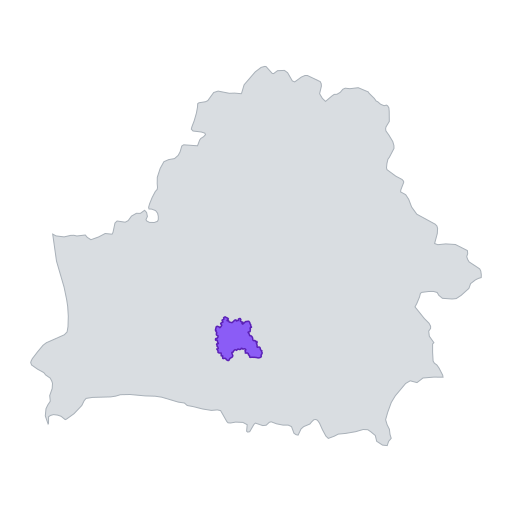 Salihorsk, Minsk, Belarus shown in context
{"feature_id": "67162791B12460087089540", "entity_name": "Salihorsk", "entity_type": "district", "adm_level": 2, "iso_a3": "BLR", "parent_name": "Belarus", "parent_adm1": "Minsk", "projection": "albers", "projection_center": [27.47, 52.67], "detail": "fine", "context": "in_parent", "style": "filled", "palette": "violet", "viewbox_px": 512, "rotation_deg": 0, "n_neighbors": 0, "source": "geoboundaries", "source_scale": "gbopen_adm2", "svg_char_len": 8950}
<svg xmlns="http://www.w3.org/2000/svg" viewBox="0 0 512 512"><path d="M443.0,377.2L433.9,377.1L423.0,378.0L417.0,382.6L410.2,380.8L405.6,383.5L395.3,395.8L391.3,402.4L387.7,412.3L385.6,419.7L387.1,424.7L389.4,429.3L390.0,434.4L391.2,438.3L388.6,441.4L387.2,445.6L382.5,445.1L376.7,441.3L375.3,435.5L370.7,431.7L367.8,429.7L363.1,429.5L355.6,431.7L345.7,433.4L338.3,434.1L334.2,436.2L328.3,438.4L325.9,436.1L322.4,429.6L319.5,423.1L317.5,420.3L315.9,419.5L313.9,419.7L311.6,421.9L309.9,424.0L303.7,426.6L301.0,429.0L298.1,435.1L296.1,434.7L294.0,433.3L291.5,426.6L288.2,425.1L283.0,425.1L276.5,423.8L271.2,421.8L269.3,422.3L266.2,425.2L262.8,425.6L255.4,423.1L254.0,424.3L249.7,431.7L247.7,432.1L246.6,431.2L247.2,424.7L242.9,422.4L235.6,422.1L230.5,423.0L228.0,422.8L226.8,421.5L220.6,410.6L217.3,409.9L211.4,410.4L202.7,409.0L192.7,406.5L187.2,405.5L184.4,403.0L178.3,402.1L161.8,397.2L155.1,396.2L145.2,395.9L130.1,394.5L120.4,394.7L115.8,396.1L110.6,396.9L92.6,397.4L86.1,398.4L84.2,400.6L81.8,405.5L74.0,413.7L66.5,419.1L65.2,419.6L61.1,416.3L57.6,415.1L53.5,414.6L50.6,415.4L48.6,416.7L48.5,423.4L48.1,424.0L45.3,415.9L46.0,408.7L47.9,404.8L50.3,401.2L49.7,395.6L52.2,388.5L52.5,383.2L51.7,380.9L50.2,378.1L45.7,375.0L43.8,372.6L37.6,369.2L31.6,365.0L30.7,362.6L31.1,361.1L32.3,358.7L37.5,351.9L43.0,345.3L46.4,342.7L64.3,334.8L67.1,331.9L68.0,326.7L68.3,316.2L67.7,306.5L66.7,299.8L64.1,287.2L56.5,261.1L52.7,234.1L56.0,235.9L64.1,236.9L70.6,235.4L73.9,235.3L76.8,236.0L85.3,235.0L87.3,237.4L90.9,239.7L98.5,237.0L105.2,233.5L112.0,234.2L113.0,232.4L115.0,223.0L117.1,221.0L125.2,222.2L128.2,220.6L131.5,216.1L136.4,213.3L140.3,213.4L144.6,210.3L146.6,212.5L147.4,216.5L146.0,219.5L146.5,220.8L149.4,222.4L154.3,222.5L157.5,221.3L158.3,219.5L158.3,216.3L157.6,213.2L155.6,210.6L151.7,209.1L149.0,209.0L148.6,207.3L149.6,203.8L152.2,197.4L155.3,191.5L157.2,189.4L157.5,187.3L157.2,183.7L157.3,177.3L160.2,168.4L163.9,161.7L168.7,159.6L174.5,158.6L178.2,155.4L180.1,151.8L181.8,146.0L183.7,144.8L197.5,145.8L199.7,140.0L200.9,138.4L203.6,136.7L205.5,134.7L204.8,133.1L201.3,132.0L193.0,131.0L191.3,129.1L191.9,126.8L194.2,120.8L196.4,113.2L197.5,107.2L197.7,103.7L198.9,102.8L205.6,101.7L207.8,100.6L213.7,92.5L218.1,91.1L229.4,93.3L234.6,93.1L241.2,93.7L241.7,92.9L244.1,84.8L255.2,71.9L261.1,67.4L264.8,66.4L266.1,66.6L272.2,73.4L273.6,73.6L277.5,70.7L284.4,70.4L287.6,72.7L292.3,80.9L294.7,81.9L301.3,77.1L305.0,75.5L307.4,75.5L320.2,81.6L321.2,83.7L321.4,86.1L319.6,93.7L322.3,98.3L325.5,101.4L331.9,96.0L334.2,94.4L336.9,94.3L340.3,92.3L342.8,89.3L345.2,88.2L349.9,88.7L358.2,87.7L368.2,91.9L369.1,93.3L374.3,98.4L376.1,101.0L377.8,101.8L380.5,104.2L384.1,105.7L386.5,105.1L387.7,105.9L388.9,107.9L389.2,111.4L389.3,121.4L386.0,126.9L385.6,128.7L385.9,130.9L388.9,135.1L392.8,141.6L393.9,145.5L394.0,148.4L389.4,157.2L387.9,159.3L386.9,163.6L386.5,167.9L387.0,169.7L395.7,176.1L402.1,179.5L403.6,181.3L403.7,182.4L400.8,189.9L400.6,191.9L405.7,194.7L408.7,199.3L411.6,207.0L416.8,214.2L435.2,224.2L436.9,226.0L437.6,228.4L437.3,233.5L434.6,243.5L437.8,244.7L445.7,243.9L455.4,244.5L467.4,250.6L467.7,253.7L466.7,256.6L467.7,259.5L469.1,261.9L479.7,268.9L480.8,271.1L481.3,274.9L481.2,277.6L478.4,278.4L475.4,279.9L470.6,283.6L468.9,288.4L461.1,295.4L456.2,298.6L452.1,299.0L442.4,298.3L438.8,295.3L437.2,292.5L433.4,291.4L428.5,291.5L421.7,292.4L420.4,293.4L419.5,297.0L416.9,303.3L415.0,306.9L424.3,318.5L429.0,323.2L430.6,326.2L430.6,328.4L428.7,331.1L429.3,336.2L433.9,342.7L432.6,343.9L432.6,352.3L433.1,361.1L434.4,363.2L436.8,364.9L439.0,368.0L442.7,375.2L443.0,377.2Z" fill="#d9dde1" stroke="#a8b0b8" stroke-width="1"/><path d="M261.8,350.8L261.4,350.6L261.1,350.3L260.9,350.1L260.7,349.8L260.5,349.5L260.3,349.0L260.3,348.6L260.3,348.3L260.2,348.1L260.0,347.7L259.8,347.4L259.4,347.1L258.9,347.0L258.4,347.1L258.1,347.2L257.7,347.3L257.3,347.2L257.1,346.9L257.0,346.5L257.1,346.0L257.1,345.4L257.0,344.9L256.8,344.4L256.7,343.9L256.5,343.5L256.5,343.2L256.8,343.0L256.9,342.9L257.1,342.6L257.0,342.3L257.0,342.1L257.0,341.8L256.9,341.5L256.4,341.4L256.2,341.5L255.9,341.7L255.7,341.6L255.5,341.4L255.4,341.1L255.3,340.9L255.0,340.6L254.7,340.5L254.4,340.5L254.0,340.6L253.8,340.6L253.5,340.6L253.2,340.4L253.0,340.1L252.8,339.7L252.7,339.2L252.7,338.6L252.7,338.3L252.4,337.5L252.2,337.0L251.9,336.7L251.7,336.4L251.3,336.0L251.1,335.9L250.6,335.8L250.2,335.8L249.9,335.7L249.6,335.4L249.5,335.1L249.5,334.6L249.3,334.3L249.1,333.8L248.8,333.5L248.6,333.2L248.4,332.9L248.2,332.6L248.1,332.3L248.2,332.1L248.3,332.0L249.0,331.9L249.4,331.9L250.0,331.6L250.1,331.4L250.2,330.9L250.2,330.4L250.2,329.9L250.4,329.2L250.3,328.9L250.1,328.5L250.1,328.2L250.3,327.7L250.5,327.6L250.9,327.5L251.2,327.4L251.4,327.3L251.4,326.9L251.2,326.7L250.9,326.3L250.7,325.9L250.7,325.6L250.8,325.3L250.8,325.0L250.6,324.6L250.3,324.2L250.1,323.9L249.9,323.2L249.8,322.7L249.5,322.2L249.1,321.7L248.9,321.4L248.7,321.3L248.1,321.2L247.6,321.3L247.1,321.5L246.9,321.6L246.6,321.6L246.4,321.6L246.1,321.4L245.9,321.5L245.5,321.7L245.1,322.0L244.7,322.4L244.2,322.9L243.7,323.3L243.3,323.7L243.1,323.9L242.7,324.1L242.4,323.9L242.2,323.7L242.0,323.4L242.1,323.1L242.4,322.9L242.6,322.7L242.8,322.5L242.8,322.2L242.5,322.1L242.2,322.0L241.8,322.0L241.6,321.9L241.1,321.6L240.8,321.5L240.5,321.2L240.3,320.9L240.4,320.5L240.5,320.3L240.8,320.0L240.8,319.7L240.8,319.4L240.5,319.1L240.4,318.8L240.3,318.6L239.9,318.5L239.7,318.5L239.4,318.7L239.1,318.8L238.9,318.9L238.7,318.9L238.4,319.2L238.4,319.5L238.3,320.0L238.3,320.3L238.1,320.5L237.9,320.6L237.5,320.6L237.0,320.7L236.8,320.7L236.4,320.9L236.2,320.5L236.1,320.1L235.8,320.0L235.4,319.9L235.1,320.0L234.7,320.2L234.3,320.5L234.0,320.8L233.6,321.3L233.0,321.8L232.7,322.1L232.4,322.4L232.1,322.6L231.6,322.6L231.3,322.5L231.0,322.4L230.8,322.4L230.4,322.3L230.1,322.2L229.8,322.2L229.5,322.2L229.3,322.1L229.1,321.9L229.0,321.6L228.9,321.2L228.6,320.8L228.3,320.7L227.9,320.8L227.7,320.8L227.3,320.8L227.1,320.6L227.1,320.3L227.5,320.0L227.7,319.7L228.0,319.4L228.2,319.2L228.3,318.8L227.9,318.4L227.6,318.1L227.1,317.9L226.7,317.7L226.2,317.5L225.9,317.3L225.6,317.1L225.2,316.9L224.7,317.0L224.4,317.2L224.1,317.4L223.9,317.5L223.6,317.8L223.6,318.0L223.8,318.4L223.9,318.8L223.8,319.2L223.6,319.4L223.2,319.7L222.8,319.8L222.3,319.9L222.1,320.3L222.1,320.6L222.4,321.1L222.8,321.6L222.9,321.9L222.7,322.3L222.1,322.5L221.8,322.6L221.3,322.9L221.0,323.1L220.7,323.5L220.7,323.9L221.1,324.2L221.4,324.5L221.6,324.8L221.7,325.3L221.6,325.6L221.3,326.1L221.1,326.3L220.8,326.7L220.5,327.2L220.2,327.5L219.8,327.5L219.6,327.5L219.4,327.2L219.0,326.8L218.6,326.6L218.4,326.6L218.0,326.6L217.8,326.5L217.4,326.3L217.1,326.3L216.8,326.4L216.5,326.7L216.2,326.9L216.2,327.0L215.9,328.0L215.8,328.5L215.7,329.0L215.5,329.6L215.5,330.1L215.5,330.3L216.0,330.5L215.9,331.1L216.0,331.6L216.6,332.2L216.7,332.6L216.7,333.2L216.4,333.7L216.4,334.3L216.4,334.8L216.9,335.3L217.3,335.5L217.8,335.6L218.0,336.2L218.0,337.0L217.6,337.7L217.3,338.1L216.4,338.4L215.9,338.5L215.6,338.8L215.5,339.6L215.6,340.1L215.8,340.2L216.2,340.2L216.6,340.1L216.9,340.1L217.2,340.3L217.5,340.9L217.4,341.4L217.5,341.8L217.7,342.3L218.0,342.8L218.3,343.2L218.3,343.5L218.0,343.7L217.5,343.8L217.0,343.8L216.8,343.9L216.6,344.4L216.8,344.9L217.1,345.3L217.1,345.6L217.0,346.1L217.2,346.4L217.6,346.8L217.9,347.1L218.1,347.5L218.1,348.0L218.2,348.5L217.9,348.7L217.4,349.0L216.9,349.0L216.9,349.3L217.1,349.6L217.4,349.8L217.6,350.1L217.8,350.5L218.0,351.1L218.0,351.9L218.0,352.3L218.3,352.6L218.9,352.9L219.2,353.0L219.7,353.0L220.1,353.0L220.8,353.0L221.0,353.0L221.2,353.5L221.2,354.0L221.2,354.4L221.2,354.9L221.2,355.2L221.2,355.7L221.6,355.9L222.2,355.9L222.6,355.9L222.7,356.3L222.6,357.1L222.8,357.8L222.8,358.4L223.5,358.6L224.7,358.3L225.1,358.3L225.6,358.5L225.8,358.9L226.3,359.3L226.4,359.7L226.7,359.9L227.4,360.3L228.1,360.6L228.9,360.3L229.3,359.6L229.6,359.0L229.9,358.5L230.4,358.1L231.0,357.8L231.9,357.3L232.5,356.7L232.7,356.1L232.8,355.4L232.4,354.6L232.1,353.8L231.9,353.2L231.9,352.5L232.1,352.3L232.8,352.2L233.3,351.8L233.5,351.2L233.8,350.8L234.2,350.3L234.6,350.0L235.1,349.7L235.7,349.9L235.8,349.9L236.6,350.3L236.9,350.0L237.5,349.4L237.9,349.1L238.3,349.1L239.1,349.4L239.5,349.5L239.9,349.5L240.8,349.2L241.1,348.8L241.2,348.4L241.6,348.3L242.1,348.4L242.4,348.8L242.6,348.8L242.9,349.1L243.5,349.0L243.6,348.9L244.1,348.7L244.9,348.8L245.5,349.3L245.5,349.6L245.8,349.9L245.2,350.4L245.0,350.9L245.3,351.3L245.5,352.1L245.3,352.9L245.7,353.1L246.4,353.1L247.0,352.9L247.9,353.3L248.3,353.6L248.4,354.6L248.7,355.0L249.1,355.3L249.6,355.9L249.6,356.3L249.6,356.8L249.7,357.1L250.6,357.4L251.8,357.2L253.4,357.3L254.7,357.3L255.4,357.4L256.4,357.5L257.6,357.8L258.7,357.9L259.9,357.6L260.5,357.3L261.0,357.0L261.3,356.2L261.1,355.6L261.2,355.0L261.6,354.2L262.0,353.7L262.1,353.2L262.1,352.5L261.8,351.9L261.6,351.7L261.6,351.3L261.8,350.8Z" fill="#8b5cf6" stroke="#5b21b6" stroke-width="1.5"/></svg>